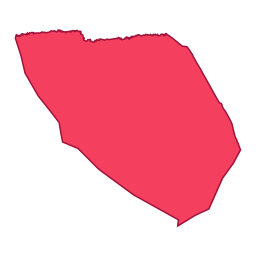 the district of Bulgan, Dornod, Mongolia
{"feature_id": "93677404B34765270350686", "entity_name": "Bulgan", "entity_type": "district", "adm_level": 2, "iso_a3": "MNG", "parent_name": "Mongolia", "parent_adm1": "Dornod", "projection": "mercator", "projection_center": [114.017, 47.601], "detail": "fine", "context": "isolated", "style": "filled", "palette": "rose", "viewbox_px": 256, "rotation_deg": 0, "n_neighbors": 0, "source": "geoboundaries", "source_scale": "gbopen_adm2", "svg_char_len": 5100}
<svg xmlns="http://www.w3.org/2000/svg" viewBox="0 0 256 256"><path d="M66.3,32.0L65.7,31.8L65.4,31.8L65.1,31.9L64.1,31.9L63.7,31.6L62.9,31.8L62.5,32.0L62.2,32.0L62.1,31.9L62.2,31.3L62.0,31.0L61.4,31.0L60.4,31.4L60.4,31.2L60.5,30.8L60.5,30.5L60.3,30.3L60.1,30.2L59.9,30.3L59.4,30.9L59.2,30.9L59.0,30.7L58.8,30.1L58.3,30.0L58.0,30.1L57.9,30.2L57.8,30.9L57.5,31.5L57.2,31.8L56.8,31.9L56.4,31.9L55.9,31.3L55.2,31.3L54.8,30.9L54.5,30.8L52.2,31.2L51.3,30.8L51.0,30.9L50.8,31.3L50.6,31.5L49.7,31.8L49.1,32.2L48.2,32.3L46.5,32.7L44.9,32.4L44.2,32.2L43.6,32.6L43.3,32.7L42.7,32.1L42.4,32.0L41.7,32.1L41.1,32.6L40.5,32.7L40.0,33.0L39.7,33.2L38.4,32.9L37.5,33.0L37.0,33.2L36.6,33.0L36.0,33.1L35.1,33.1L33.9,33.6L34.0,33.1L34.0,32.9L33.7,32.6L33.3,32.5L32.6,32.9L32.0,32.5L31.7,32.5L31.2,32.6L30.3,33.1L30.1,33.2L29.6,33.0L29.5,33.6L29.1,33.9L28.6,33.8L28.2,33.6L27.9,33.2L27.7,32.9L27.6,33.0L27.9,33.9L27.9,34.2L27.7,34.5L27.4,34.5L27.2,34.4L26.9,33.8L26.6,33.7L26.5,33.9L26.5,34.6L26.3,34.7L26.2,34.8L26.0,34.7L25.7,34.4L24.9,34.4L23.9,34.0L23.6,34.1L23.3,34.2L23.0,34.7L22.9,34.3L22.8,34.1L22.7,34.0L22.3,33.8L21.8,33.9L21.1,34.4L20.9,34.7L20.8,35.1L20.8,35.9L20.5,36.1L20.1,36.1L19.6,35.7L19.4,36.2L19.1,36.3L18.8,35.6L18.5,35.5L18.2,35.7L17.9,36.1L17.6,36.1L17.2,35.8L17.0,34.9L16.9,34.8L16.4,34.8L16.2,35.0L16.0,35.4L16.0,35.9L15.4,38.2L21.1,56.1L25.1,73.2L38.2,95.9L48.6,108.9L59.1,122.5L60.8,132.8L62.6,142.0L78.1,148.5L98.0,168.5L101.3,171.2L133.8,195.0L178.4,219.8L177.7,226.0L195.4,215.2L208.9,208.9L222.6,178.1L233.5,163.0L240.6,149.7L240.4,149.4L239.9,148.3L238.9,145.7L238.3,143.7L237.1,141.2L236.6,139.8L235.0,136.3L233.6,131.0L233.5,130.1L233.2,129.5L232.6,126.5L231.8,123.5L230.3,120.3L228.5,117.0L226.8,113.8L225.3,111.2L223.8,109.2L222.8,107.5L222.6,107.2L222.3,106.6L221.8,104.4L221.4,103.8L221.0,103.3L220.2,103.2L219.4,102.7L217.3,99.3L214.9,95.0L204.9,77.0L202.9,73.6L200.8,69.5L198.7,66.2L197.3,63.8L196.2,61.9L193.3,56.7L192.6,55.1L192.4,54.6L190.8,52.2L188.2,48.3L187.5,47.4L186.8,46.7L182.3,46.2L172.9,38.5L166.4,33.9L166.3,33.6L165.8,33.6L165.4,33.9L165.3,34.6L165.4,35.2L164.5,35.0L164.1,35.2L163.9,35.6L163.7,35.4L163.7,34.5L163.3,34.4L162.5,34.7L162.4,34.7L162.4,34.2L162.1,34.1L160.9,34.4L160.7,34.7L159.8,35.7L159.4,35.9L158.7,35.7L158.3,35.4L157.6,34.3L157.4,34.4L157.0,34.9L156.7,35.1L156.3,35.3L155.9,35.2L155.6,35.0L155.3,34.3L154.6,34.6L154.4,34.6L154.2,34.6L153.8,34.5L153.3,34.4L153.2,34.6L153.3,35.1L153.2,35.4L153.0,35.5L152.6,35.5L152.2,35.1L151.9,35.1L151.6,35.3L151.3,35.3L151.0,35.1L150.7,34.5L150.6,34.4L150.2,34.8L150.1,35.1L149.3,35.1L148.5,35.0L147.9,35.3L147.6,35.2L147.5,34.8L147.4,34.6L146.7,34.6L145.9,34.4L145.4,34.6L145.2,34.9L145.2,35.4L144.9,35.6L144.4,35.3L143.4,35.0L142.3,35.7L141.9,35.8L141.3,35.8L140.7,35.6L139.7,35.1L138.9,34.9L138.3,34.6L138.1,34.7L137.8,35.3L137.5,35.5L137.0,35.6L136.5,35.3L136.2,35.3L135.9,35.7L135.9,36.1L135.8,36.3L135.3,36.1L133.9,36.3L133.6,36.4L133.0,37.1L132.8,37.1L132.5,37.0L132.4,36.6L132.3,36.4L131.4,36.5L131.6,37.1L131.6,37.6L131.2,37.7L130.2,37.5L129.8,38.0L129.8,38.5L129.7,38.8L129.5,39.0L129.3,39.1L129.1,39.0L128.8,38.9L128.6,38.3L128.7,38.0L129.2,37.4L128.8,37.6L128.6,37.8L128.3,37.9L127.9,37.8L127.6,37.3L127.4,37.3L127.5,37.7L127.4,37.9L127.1,38.0L126.8,37.9L126.6,37.7L126.5,37.1L126.4,37.1L126.4,37.8L126.1,38.1L125.9,38.3L125.6,38.2L125.2,38.0L124.9,38.2L124.8,39.1L124.7,39.2L123.9,39.3L123.3,39.2L122.7,39.5L122.2,39.6L121.4,39.5L121.2,39.1L121.3,38.5L121.1,38.2L120.9,38.3L120.5,38.9L120.3,39.0L120.0,38.9L119.8,38.7L119.8,38.2L119.7,38.1L118.6,37.5L118.4,37.7L118.4,38.1L117.9,38.5L117.6,38.5L117.4,38.1L117.2,38.1L116.5,38.4L115.8,38.6L114.9,38.6L114.3,38.8L113.5,38.8L112.3,39.1L110.8,39.3L110.0,39.3L109.0,39.7L108.6,39.6L108.2,39.3L107.5,39.3L106.8,39.1L105.8,39.8L104.1,40.0L103.8,39.9L103.3,39.6L102.4,39.6L100.9,39.0L100.6,39.1L100.4,39.4L100.1,39.6L99.6,39.4L99.4,39.2L99.2,39.1L99.1,39.4L99.4,39.7L99.5,40.0L99.3,40.4L98.9,40.5L98.5,40.2L98.2,40.4L97.0,39.7L96.8,39.7L96.8,40.4L96.7,40.6L96.5,40.8L96.3,41.0L95.8,41.1L95.6,41.0L95.3,40.4L94.9,40.5L94.8,41.5L94.6,42.0L94.4,42.1L93.9,42.1L92.8,41.8L92.3,41.9L92.1,41.8L91.7,41.6L91.4,41.2L91.2,41.1L90.6,41.2L90.4,41.0L90.5,40.5L90.5,39.7L90.2,39.4L89.7,39.4L89.1,39.8L88.9,39.8L88.3,39.6L87.9,39.6L87.7,39.7L87.4,40.4L87.1,40.8L86.8,41.1L86.5,41.1L86.0,40.9L85.5,41.0L85.1,40.9L84.9,40.8L84.6,40.3L83.7,40.1L83.5,39.7L83.7,39.1L84.1,38.5L84.2,38.3L84.1,38.0L83.9,37.8L83.3,37.8L83.2,37.7L83.0,36.7L83.1,36.1L83.1,35.9L82.9,35.6L82.8,35.3L82.7,34.9L81.9,34.4L81.6,34.3L80.8,34.3L80.7,34.2L80.7,33.6L81.0,32.5L80.9,31.8L80.8,31.5L80.3,31.6L80.0,31.3L79.8,31.2L79.6,31.2L79.3,31.5L79.1,31.7L78.7,31.5L78.1,31.2L77.4,30.5L76.9,30.4L76.7,30.5L76.5,30.9L76.3,31.0L75.8,30.8L75.5,30.8L75.4,30.9L75.6,31.2L75.6,31.3L75.2,31.6L74.6,31.4L74.4,31.2L74.4,30.8L74.3,30.7L74.2,30.6L73.7,30.9L72.6,30.6L72.2,31.0L71.3,31.0L71.2,31.1L70.9,32.0L70.7,32.1L70.4,32.0L70.3,31.8L70.1,31.2L69.7,31.5L69.1,31.7L68.6,31.6L68.4,31.5L68.1,31.5L67.4,31.9L67.2,31.9L66.7,31.7L66.5,32.0L66.3,32.2L66.3,32.0Z" fill="#f43f5e" stroke="#9f1239" stroke-width="1.5"/></svg>